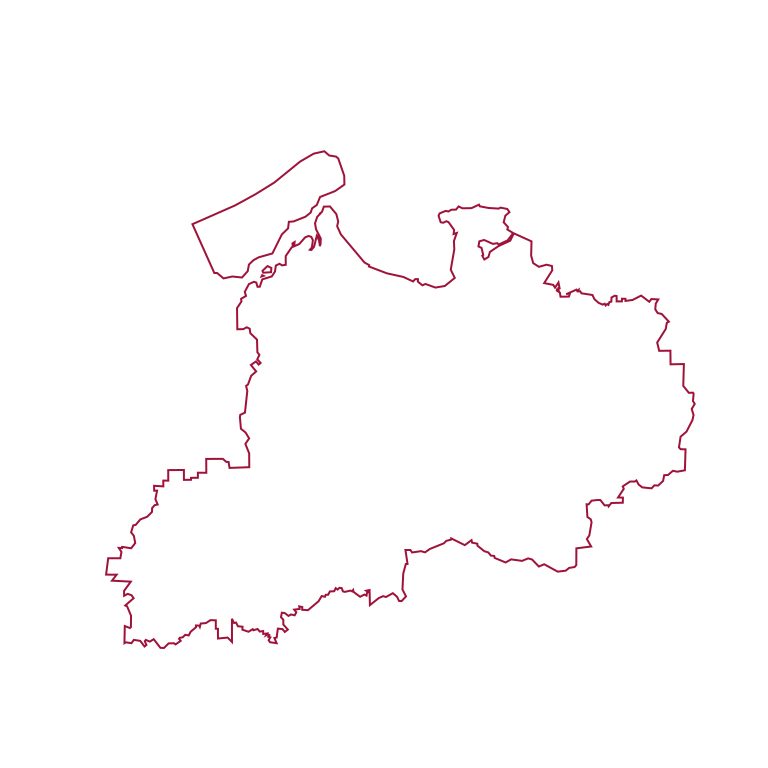 the district of Moreton Bay, Queensland, Australia, rotated 261°
{"feature_id": "25037944B19400187923346", "entity_name": "Moreton Bay", "entity_type": "district", "adm_level": 2, "iso_a3": "AUS", "parent_name": "Australia", "parent_adm1": "Queensland", "projection": "orthographic", "projection_center": [152.949, -27.107], "detail": "fine", "context": "isolated", "style": "outline", "palette": "rose", "viewbox_px": 768, "rotation_deg": 261, "n_neighbors": 0, "source": "geoboundaries", "source_scale": "gbopen_adm2", "svg_char_len": 6149}
<svg xmlns="http://www.w3.org/2000/svg" viewBox="0 0 768 768"><g transform="rotate(261 384 384)"><path d="M501.8,552.0L512.5,535.8L505.8,531.1L502.3,518.7L497.9,509.3L493.1,507.0L491.3,502.6L495.3,501.1L495.9,502.2L503.2,501.6L505.1,498.8L510.0,500.5L510.6,505.4L505.4,513.4L505.3,518.1L503.8,519.0L506.5,528.5L511.6,534.0L513.3,534.7L517.3,530.0L519.7,531.0L525.0,527.5L531.3,530.2L534.1,534.8L537.6,533.1L540.0,526.6L539.3,524.7L541.5,514.8L544.5,506.4L546.3,505.9L544.0,497.9L545.3,488.9L547.7,485.5L545.0,482.4L545.6,477.7L544.3,474.7L545.3,471.9L543.8,465.6L541.6,464.2L534.9,465.3L534.0,467.7L535.0,471.1L533.7,473.1L525.1,477.4L521.2,476.2L521.8,479.5L514.2,475.4L506.0,474.5L486.4,467.8L477.7,470.5L471.3,459.4L471.2,449.9L476.3,440.6L475.5,437.3L479.8,433.5L482.3,433.9L482.7,431.2L480.7,428.8L486.7,419.9L492.9,404.1L502.4,387.5L503.7,388.0L507.1,383.7L538.5,364.8L547.2,362.4L551.7,364.2L559.3,363.5L567.8,358.4L568.6,352.3L563.9,349.8L562.4,347.8L563.3,347.1L562.1,347.6L559.6,344.2L553.5,341.0L547.4,341.1L537.6,344.3L532.0,343.2L530.2,342.1L534.6,342.8L540.9,340.8L530.5,336.4L527.7,333.2L528.2,331.8L530.1,334.1L537.2,336.3L540.7,335.2L542.0,332.6L541.2,329.1L535.5,322.2L533.4,314.2L525.7,306.9L517.1,305.6L517.1,301.9L519.1,299.6L517.9,295.7L512.1,293.9L507.8,290.0L506.4,280.2L499.5,276.5L499.8,274.3L504.2,273.7L505.3,271.5L503.8,266.2L496.8,260.9L492.6,261.5L490.5,256.2L487.8,256.1L481.9,250.7L461.0,247.7L460.2,253.6L461.5,257.3L459.6,260.0L455.1,259.9L447.7,265.5L435.1,263.9L432.3,265.5L428.2,262.7L424.1,265.4L422.8,263.2L426.3,261.1L423.6,255.5L416.4,259.7L412.9,254.1L404.8,249.6L403.7,247.5L398.5,247.9L377.5,242.2L376.0,237.2L373.9,236.5L362.2,235.7L357.7,239.7L351.4,242.3L346.5,237.7L336.6,240.0L322.9,237.9L325.3,218.3L331.3,218.3L331.7,216.1L335.3,213.1L337.8,196.7L324.1,194.6L325.5,186.3L320.5,185.5L321.5,178.7L319.6,178.4L320.6,171.4L330.4,172.9L332.7,157.4L322.3,155.8L323.1,150.9L317.4,150.0L319.4,141.0L314.6,140.3L314.2,143.2L306.0,140.2L300.4,141.6L300.2,138.5L297.8,135.6L293.9,134.8L289.9,129.3L288.4,122.2L283.7,116.7L283.6,114.2L277.0,111.0L273.2,113.2L265.8,113.4L261.3,108.6L264.1,99.9L262.9,99.6L263.6,96.4L259.2,98.4L253.1,96.3L255.0,84.3L239.2,79.7L237.5,90.1L232.3,84.6L228.4,103.0L220.3,94.9L215.5,94.2L216.8,98.0L214.9,101.6L211.6,103.2L205.7,93.8L204.6,95.5L194.7,97.9L183.5,96.0L182.7,94.9L185.5,90.1L168.6,87.1L169.2,88.8L167.5,94.0L170.4,96.9L168.4,103.1L162.2,106.4L163.4,108.5L167.4,107.5L168.5,108.7L166.2,112.4L168.0,116.6L158.4,121.9L157.7,125.4L161.5,130.7L160.8,136.0L159.4,137.4L162.1,143.0L164.4,141.7L165.3,142.6L165.3,145.6L167.4,148.5L166.2,151.8L169.6,154.3L173.2,160.3L174.9,160.5L174.3,163.7L172.9,164.1L176.1,165.5L175.7,170.7L177.9,175.6L176.9,180.9L168.6,179.6L168.2,181.7L158.6,180.2L158.0,189.9L153.0,193.5L175.9,197.1L171.4,198.5L171.5,200.6L167.6,201.8L166.4,206.3L163.5,205.7L160.5,211.4L162.4,216.0L161.2,216.5L161.8,220.8L158.9,222.6L158.9,226.0L156.0,225.6L155.9,229.6L154.3,228.3L155.0,230.3L153.9,231.5L152.5,230.1L151.6,232.1L149.0,230.0L146.8,231.0L144.8,237.4L150.2,236.0L150.4,238.3L159.0,240.9L157.8,245.4L154.6,247.3L156.5,250.6L162.2,246.9L166.8,247.7L169.8,245.8L174.1,247.3L173.4,250.0L169.9,253.4L170.9,256.2L169.5,259.6L172.3,261.7L175.2,260.0L175.0,265.5L177.6,265.5L176.5,268.4L173.8,267.9L172.5,273.5L179.6,285.3L184.3,289.3L183.1,292.4L184.9,293.5L184.6,295.9L187.6,298.1L187.1,302.4L189.9,304.4L188.2,306.0L189.7,308.2L189.0,310.3L185.6,311.0L184.8,312.8L185.2,318.6L184.2,320.0L185.4,321.3L183.4,321.4L177.6,327.1L179.1,331.7L177.7,333.6L180.5,334.6L180.8,336.1L182.6,334.1L182.8,337.5L167.8,335.5L173.4,345.4L174.6,350.0L173.3,352.6L176.0,360.0L171.8,363.6L167.4,364.9L166.8,367.4L170.8,372.5L178.2,370.1L193.9,373.4L202.8,377.4L202.6,379.1L216.7,379.2L215.9,384.1L213.2,385.4L213.1,394.4L211.3,398.2L213.9,403.5L217.3,418.3L219.3,420.9L219.8,425.8L221.0,426.2L212.2,438.6L216.1,446.0L213.5,446.2L211.7,451.2L209.7,451.0L203.2,456.9L201.3,460.7L197.8,462.7L196.9,466.0L194.9,466.1L188.7,476.2L190.9,482.1L187.7,492.7L189.2,499.1L187.5,502.8L179.5,508.4L180.9,514.0L171.5,526.2L171.2,534.3L173.4,538.1L173.4,543.6L175.1,545.6L191.6,548.3L191.1,563.2L199.1,560.1L202.3,563.1L215.0,567.4L218.1,567.0L220.8,564.1L233.5,565.3L233.1,567.2L236.3,570.8L236.0,577.1L235.5,579.6L229.6,582.9L229.2,586.5L228.0,586.7L230.9,589.9L229.4,601.3L234.4,602.2L235.3,597.4L242.9,604.4L245.5,603.8L249.2,611.8L248.4,616.4L249.3,618.2L244.8,619.8L241.5,622.9L239.1,631.9L241.6,635.2L240.8,638.9L244.6,644.5L250.1,646.5L249.7,650.3L253.1,655.8L251.5,659.9L251.7,667.7L272.3,671.6L273.2,666.8L275.2,665.4L285.6,668.7L289.6,675.3L300.1,683.0L305.0,684.9L311.2,684.0L315.7,687.8L318.9,686.5L325.9,688.3L327.1,687.9L327.6,683.7L335.3,679.3L356.8,683.3L358.6,670.1L372.1,672.1L373.7,661.0L382.2,660.3L394.3,670.9L400.2,672.9L401.0,675.1L409.8,669.2L411.2,665.4L415.3,663.6L420.9,665.0L424.6,668.1L426.1,661.4L423.7,658.9L431.1,651.8L428.1,642.6L428.3,635.5L430.4,635.8L431.0,632.4L428.4,631.9L429.2,626.7L434.5,627.5L435.1,625.7L433.9,622.3L429.8,621.4L429.7,619.5L427.1,618.0L428.1,617.0L426.9,615.2L428.8,614.5L428.2,612.5L430.5,608.7L434.9,605.1L439.3,603.8L442.7,593.2L444.9,592.3L445.1,590.4L446.5,590.9L445.6,589.4L447.1,588.9L444.2,578.0L444.5,581.9L441.4,580.3L442.6,572.0L446.8,572.0L449.2,569.3L450.3,569.8L449.1,571.2L451.4,571.3L451.2,572.4L457.0,572.2L452.4,568.0L455.4,566.7L458.6,558.0L470.0,568.0L474.3,568.3L476.4,563.2L475.5,555.4L480.0,550.3L487.6,549.4L501.8,552.0ZM571.8,219.8L520.1,233.8L519.8,236.5L513.4,242.0L513.9,251.0L511.4,260.4L516.7,267.0L523.1,269.3L526.6,274.2L528.7,279.9L530.4,294.2L547.7,306.5L552.7,313.6L559.1,315.4L558.7,320.0L561.5,332.6L564.8,338.4L568.8,340.5L571.3,345.6L578.7,350.1L582.2,365.9L587.2,376.1L595.9,377.3L613.9,374.1L616.1,372.2L618.3,365.6L623.2,361.5L622.5,350.6L616.8,335.9L600.1,307.1L591.4,286.4L583.6,264.6L571.8,219.8ZM518.7,287.4L514.8,281.7L512.8,282.1L512.1,289.9L516.2,290.9L518.7,287.4ZM535.2,315.5L535.7,317.3L538.2,317.9L537.2,315.6L535.2,315.5ZM536.3,342.4L538.0,343.5L539.3,342.6L536.3,342.4ZM509.4,279.9L509.7,281.9L510.5,280.7L509.4,279.9Z" fill="none" stroke="#9f1239" stroke-width="2"/></g></svg>